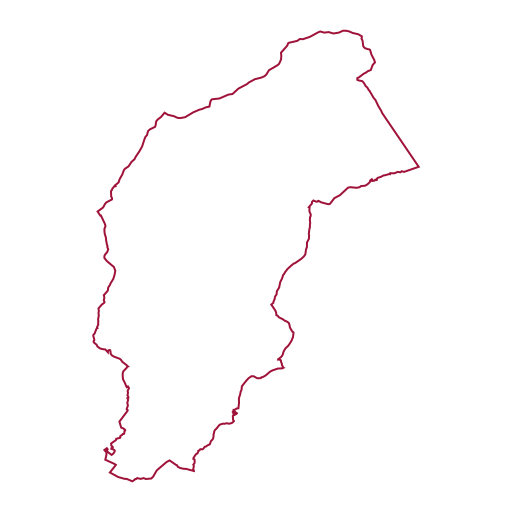 outline of Bradut, Covasna, Romania
{"feature_id": "2599482B74581645099362", "entity_name": "Bradut", "entity_type": "district", "adm_level": 2, "iso_a3": "ROU", "parent_name": "Romania", "parent_adm1": "Covasna", "projection": "orthographic", "projection_center": [25.635, 46.18], "detail": "fine", "context": "isolated", "style": "outline", "palette": "rose", "viewbox_px": 512, "rotation_deg": 0, "n_neighbors": 0, "source": "geoboundaries", "source_scale": "gbopen_adm2", "svg_char_len": 6035}
<svg xmlns="http://www.w3.org/2000/svg" viewBox="0 0 512 512"><path d="M104.4,450.0L106.5,452.5L106.4,454.9L105.3,459.7L114.6,464.0L115.9,464.9L109.9,472.5L118.1,477.0L124.8,478.9L126.7,478.9L132.4,481.3L134.6,479.8L135.2,479.0L136.2,479.0L137.2,478.1L140.6,478.9L143.6,478.1L145.9,479.0L151.3,478.5L153.1,476.7L156.4,471.0L157.2,470.0L166.6,462.0L169.6,460.4L176.0,464.9L177.1,465.3L177.7,466.7L178.7,467.3L180.5,468.1L183.7,468.8L186.2,468.9L193.9,471.0L193.9,470.5L193.2,469.2L193.8,466.5L193.7,465.3L193.3,464.7L194.5,463.1L194.7,461.4L194.5,459.5L193.3,458.8L193.7,457.5L194.5,456.6L194.7,455.9L196.3,453.9L197.5,453.4L197.6,452.8L198.3,451.7L198.3,450.8L199.5,450.3L200.3,449.2L202.6,449.3L203.5,448.5L204.7,446.8L206.1,446.5L207.1,445.6L209.8,444.3L210.9,441.2L212.5,439.5L213.1,438.5L213.6,436.1L213.5,434.3L213.8,433.8L214.3,431.2L215.2,429.7L216.3,428.8L219.1,425.3L220.4,424.4L223.5,423.6L224.4,423.8L226.9,423.2L228.4,423.7L230.2,423.5L232.0,422.9L233.8,421.4L233.9,421.0L233.1,420.0L232.8,415.9L233.2,415.4L234.7,415.0L234.8,414.8L233.8,414.2L233.4,413.4L236.3,414.0L236.9,413.3L236.3,412.7L235.3,412.3L234.9,411.6L233.3,411.6L233.0,411.3L233.8,410.5L233.7,409.9L234.4,409.9L236.9,408.4L238.4,408.3L239.0,403.0L238.9,398.3L240.3,393.9L240.6,391.8L241.5,390.0L241.9,386.2L246.7,380.2L248.6,378.2L251.5,376.2L253.8,376.3L256.7,378.0L257.9,378.3L260.8,378.1L261.4,377.3L262.7,377.1L265.6,375.5L270.0,371.7L272.5,370.4L277.7,368.6L282.5,368.3L283.4,367.8L283.0,367.6L282.8,366.5L282.0,365.3L281.8,363.6L280.9,361.5L281.0,360.9L280.8,360.2L279.4,359.6L278.1,359.6L278.2,359.2L280.3,357.7L281.7,356.3L282.7,354.7L283.5,351.8L285.3,348.5L288.1,345.9L289.9,343.4L291.6,340.5L293.0,337.0L293.5,332.8L293.4,332.3L292.6,331.9L291.6,330.5L289.9,327.4L289.6,325.4L288.7,322.8L286.4,321.3L285.0,320.9L283.1,319.4L278.9,317.3L277.7,315.8L276.4,315.2L276.1,312.4L275.3,310.5L271.3,304.6L273.3,302.9L273.7,301.0L274.5,299.5L275.2,296.3L276.5,294.6L276.9,291.1L279.1,287.6L280.3,281.9L282.1,278.4L283.1,275.1L284.3,273.7L284.8,272.5L287.6,268.9L291.1,265.7L293.8,263.5L295.1,263.1L301.2,258.9L303.9,256.4L305.1,254.7L305.4,254.0L306.0,249.5L306.9,247.2L307.0,242.5L308.9,238.8L309.1,235.5L308.8,234.0L309.4,229.0L309.9,227.4L309.9,224.7L310.2,223.1L309.8,219.6L310.0,218.8L310.0,217.4L310.7,215.9L310.7,214.3L309.5,211.7L309.4,209.3L309.6,207.6L308.8,207.2L311.9,203.6L312.0,201.9L313.4,200.5L316.2,201.7L317.7,201.5L318.1,200.9L318.6,200.9L321.1,202.3L327.8,204.1L329.3,204.1L330.1,203.7L334.4,198.1L339.9,195.2L348.1,187.6L350.4,187.2L356.7,187.8L359.6,187.2L361.0,186.1L365.1,185.7L367.2,184.5L368.9,183.0L370.4,181.4L370.1,181.0L370.1,180.6L371.8,179.2L372.2,179.5L372.3,179.9L372.0,180.3L372.2,180.8L372.7,181.0L374.2,180.7L375.1,179.8L375.9,180.2L376.8,180.0L376.9,179.7L376.7,178.9L377.7,177.9L381.5,176.6L383.3,175.5L385.2,175.2L389.0,174.1L390.0,174.2L390.2,173.2L394.3,173.3L397.7,171.9L400.5,172.3L401.7,171.2L404.0,171.9L418.7,166.8L382.2,113.1L381.2,110.8L378.3,106.0L375.4,99.9L373.7,98.0L369.4,90.6L368.7,90.1L367.9,88.4L366.5,86.7L365.7,86.2L364.2,83.4L362.4,81.2L358.5,80.4L357.3,79.8L357.4,78.0L358.9,77.4L363.7,73.7L365.8,72.7L367.8,71.2L370.8,70.0L372.7,64.9L375.0,62.4L374.1,59.7L371.4,54.5L370.1,50.0L369.4,49.4L368.1,49.2L365.0,48.2L363.8,47.0L363.2,46.0L362.5,40.4L361.5,38.7L361.9,37.0L361.8,36.3L358.2,34.2L352.7,33.0L349.1,31.4L346.5,30.8L343.0,30.7L338.9,32.6L333.4,33.5L328.7,32.1L324.2,32.6L320.3,31.5L318.2,32.3L310.0,36.8L302.9,39.2L299.9,39.0L297.2,40.9L288.8,42.8L288.1,43.3L287.2,45.7L281.0,52.7L281.3,55.9L281.1,59.0L280.5,60.8L279.1,63.8L277.8,65.0L269.0,70.2L266.2,74.7L264.3,76.3L261.3,77.6L254.9,79.2L248.6,82.6L247.9,83.4L246.8,84.2L238.4,88.6L232.5,94.0L228.4,94.6L219.4,98.5L212.0,99.3L211.1,100.1L210.4,101.6L209.4,106.6L206.0,107.3L202.1,109.0L199.4,109.7L193.3,112.3L185.1,117.2L180.1,118.1L177.4,117.8L174.0,116.2L167.9,114.8L164.6,112.7L160.9,117.1L157.8,119.4L156.5,120.9L156.0,122.1L155.7,125.1L155.0,126.9L150.0,129.3L148.3,130.8L147.7,132.2L147.1,135.0L145.4,136.9L144.7,138.5L142.1,146.5L139.4,151.3L135.7,156.8L134.5,159.2L131.5,161.9L128.5,166.4L124.9,168.8L123.8,170.3L122.4,174.3L119.6,179.2L118.6,182.4L114.9,185.5L115.4,186.2L114.2,186.5L112.3,188.7L112.0,189.9L111.2,190.7L111.0,191.7L111.2,196.6L112.0,198.1L112.1,198.9L111.9,199.5L106.3,202.4L104.9,204.1L103.4,207.0L102.8,207.7L97.6,211.5L100.3,215.6L100.9,215.5L104.5,223.0L105.4,225.5L105.3,226.8L104.4,228.8L104.5,232.0L104.9,234.5L105.8,237.1L106.2,240.6L107.0,245.0L107.5,245.9L107.3,247.1L108.2,249.2L107.2,252.1L105.2,254.4L104.5,255.7L104.4,256.5L104.4,258.0L107.0,261.2L113.9,267.0L115.3,270.8L114.5,275.0L113.3,278.9L110.6,283.3L109.7,285.4L108.5,287.0L108.1,288.0L108.0,289.7L107.6,290.9L103.8,295.2L104.1,295.8L104.3,298.0L103.8,300.3L104.5,302.0L104.3,302.7L101.8,304.6L98.5,308.4L98.8,310.9L98.5,313.5L98.8,315.4L98.1,319.4L98.3,321.2L98.1,323.4L98.3,324.3L97.0,327.5L97.4,328.1L96.7,328.5L96.3,329.1L94.6,333.6L93.5,334.7L93.3,335.2L93.3,335.9L94.3,339.6L94.2,340.4L93.6,341.2L93.6,341.7L94.0,342.6L96.7,344.8L97.4,346.5L100.0,348.4L101.9,349.0L105.4,349.5L107.9,352.3L108.0,351.0L108.3,350.4L109.8,350.0L110.3,350.4L110.7,353.7L111.8,355.3L113.9,356.6L119.5,358.7L120.7,359.5L122.4,361.9L126.2,364.8L127.9,366.4L127.3,366.5L126.7,367.8L123.3,371.3L122.7,373.5L122.7,376.1L123.0,379.2L125.0,383.2L126.2,386.2L126.8,387.2L127.9,386.4L129.0,388.1L127.6,391.0L128.0,392.8L127.5,395.3L128.2,396.6L128.4,397.7L127.4,398.1L128.1,399.9L127.3,402.9L127.9,405.5L127.7,406.3L126.9,408.2L126.7,409.3L127.7,410.1L127.5,410.9L119.4,421.6L121.2,427.6L123.4,428.5L124.8,429.5L125.2,430.1L125.2,430.5L124.5,430.9L124.2,433.6L123.9,433.9L122.7,434.1L122.1,434.9L120.6,435.8L120.2,436.4L120.3,437.5L120.1,437.8L116.2,438.8L116.1,439.8L115.5,440.4L111.1,443.5L111.3,445.6L112.6,446.7L112.8,447.4L112.5,447.8L112.0,447.7L111.4,448.2L111.3,448.8L113.4,449.5L114.3,450.0L114.8,450.9L114.4,452.0L113.2,453.7L111.6,454.9L108.0,452.2L106.8,450.9L107.7,449.3L106.8,448.2L104.4,450.0Z" fill="none" stroke="#9f1239" stroke-width="2"/></svg>